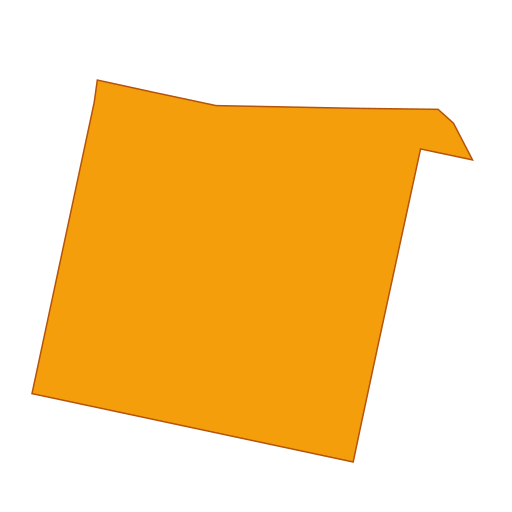 the district of Scott, Mississippi, United States of America, rotated 102°
{"feature_id": "52423323B58767742506518", "entity_name": "Scott", "entity_type": "district", "adm_level": 2, "iso_a3": "USA", "parent_name": "United States of America", "parent_adm1": "Mississippi", "projection": "mercator", "projection_center": [-89.587, 32.428], "detail": "fine", "context": "isolated", "style": "filled", "palette": "amber", "viewbox_px": 512, "rotation_deg": 102, "n_neighbors": 0, "source": "geoboundaries", "source_scale": "gbopen_adm2", "svg_char_len": 346}
<svg xmlns="http://www.w3.org/2000/svg" viewBox="0 0 512 512"><g transform="rotate(102 256 256)"><path d="M437.3,118.1L401.2,118.2L319.8,118.1L117.1,117.3L117.0,64.2L85.1,90.4L74.7,108.4L90.2,186.0L117.2,326.4L117.2,391.9L116.9,447.8L139.5,446.2L437.2,446.5L437.2,392.0L437.3,118.1Z" fill="#f59e0b" stroke="#b45309" stroke-width="1.5"/></g></svg>